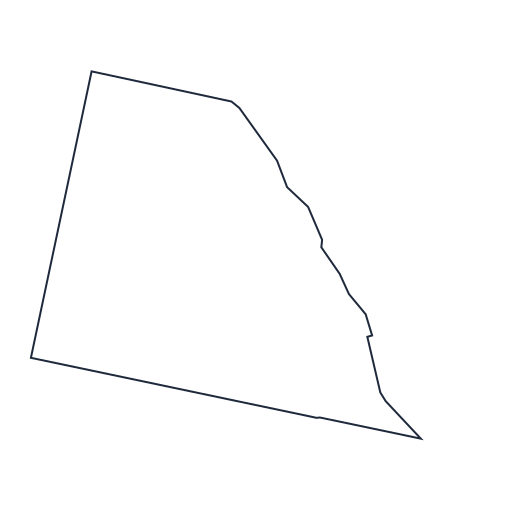 Hamilton, Nebraska, United States of America (Equal Earth projection), rotated 102°
{"feature_id": "52423323B89942881395118", "entity_name": "Hamilton", "entity_type": "district", "adm_level": 2, "iso_a3": "USA", "parent_name": "United States of America", "parent_adm1": "Nebraska", "projection": "equal_earth", "projection_center": [-98.035, 40.936], "detail": "fine", "context": "isolated", "style": "outline", "palette": "slate", "viewbox_px": 512, "rotation_deg": 102, "n_neighbors": 0, "source": "geoboundaries", "source_scale": "gbopen_adm2", "svg_char_len": 416}
<svg xmlns="http://www.w3.org/2000/svg" viewBox="0 0 512 512"><g transform="rotate(102 256 256)"><path d="M401.7,163.0L400.7,160.0L400.4,56.8L371.1,98.9L363.7,106.0L311.9,130.3L309.6,125.9L290.2,136.6L273.9,157.2L256.1,170.4L233.9,193.9L226.4,194.7L197.2,215.2L182.2,239.9L158.4,255.2L114.7,303.0L110.0,312.1L109.6,455.2L112.6,455.2L402.4,455.0L401.7,163.0Z" fill="none" stroke="#1e293b" stroke-width="2"/></g></svg>